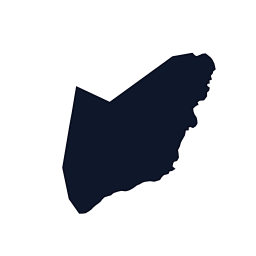 São Vicente do Seridó, Paraíba, Brazil (Mercator projection), rotated 111°
{"feature_id": "56859067B58520113150503", "entity_name": "São Vicente do Seridó", "entity_type": "district", "adm_level": 2, "iso_a3": "BRA", "parent_name": "Brazil", "parent_adm1": "Paraíba", "projection": "mercator", "projection_center": [-36.456, -6.916], "detail": "fine", "context": "isolated", "style": "filled", "palette": "ink", "viewbox_px": 256, "rotation_deg": 111, "n_neighbors": 0, "source": "geoboundaries", "source_scale": "gbopen_adm2", "svg_char_len": 1175}
<svg xmlns="http://www.w3.org/2000/svg" viewBox="0 0 256 256"><g transform="rotate(111 128 128)"><path d="M35.5,94.7L45.7,111.7L110.9,154.1L108.3,190.5L134.3,185.2L146.7,182.9L188.3,174.5L215.0,157.3L224.7,142.8L223.3,139.5L222.1,137.4L219.4,135.3L216.8,133.6L213.9,132.4L211.0,130.8L208.8,129.3L206.4,127.9L203.3,127.0L200.4,125.5L198.6,123.2L196.4,120.3L193.5,118.8L190.9,115.7L188.4,112.1L187.2,107.7L185.3,105.1L182.2,102.4L177.8,99.6L175.8,97.4L173.5,95.6L171.8,93.7L169.0,88.6L168.1,84.6L166.6,82.6L164.7,80.2L161.5,79.5L158.6,78.2L156.0,74.5L153.0,74.3L151.8,72.0L149.5,70.2L148.5,73.3L145.1,73.9L142.7,73.7L140.8,71.1L137.6,70.6L133.9,72.4L130.8,74.2L126.7,73.7L122.9,74.1L120.4,73.9L117.4,73.4L114.6,73.0L111.9,73.4L109.1,74.0L108.0,71.4L105.5,72.4L104.0,70.5L104.0,67.6L101.7,66.0L98.9,65.5L96.1,66.9L94.0,68.3L92.1,71.1L89.9,73.1L86.6,75.0L83.1,73.3L80.9,71.5L79.2,73.2L76.3,71.4L74.4,67.5L70.1,66.3L66.6,67.7L63.8,66.4L61.6,66.8L60.9,69.7L58.1,70.6L56.8,68.6L54.5,70.0L52.6,68.0L49.7,70.3L46.8,69.2L44.4,69.5L41.9,68.0L37.4,71.0L34.6,74.0L33.2,76.3L31.3,82.2L32.5,84.5L37.2,89.5L36.8,92.1L35.5,94.7Z" fill="#0f172a" stroke="#020617" stroke-width="1.5"/></g></svg>